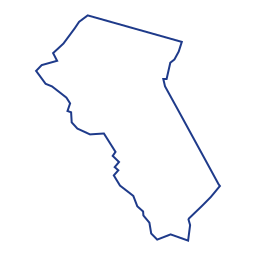 Fauquier, Virginia, United States of America (Robinson projection)
{"feature_id": "52423323B4904973156083", "entity_name": "Fauquier", "entity_type": "district", "adm_level": 2, "iso_a3": "USA", "parent_name": "United States of America", "parent_adm1": "Virginia", "projection": "robinson", "projection_center": [-77.825, 38.712], "detail": "fine", "context": "isolated", "style": "outline", "palette": "blue", "viewbox_px": 256, "rotation_deg": 0, "n_neighbors": 0, "source": "geoboundaries", "source_scale": "gbopen_adm2", "svg_char_len": 738}
<svg xmlns="http://www.w3.org/2000/svg" viewBox="0 0 256 256"><path d="M95.9,134.0L103.9,133.5L115.5,151.9L112.7,155.9L119.0,162.0L114.7,167.1L118.3,170.3L113.8,175.4L120.0,185.6L133.3,195.9L137.3,206.3L143.1,211.5L143.4,215.5L149.4,222.7L151.2,233.5L157.2,239.6L170.6,234.4L188.1,240.6L190.1,225.1L188.5,219.5L188.9,218.5L202.3,205.6L210.8,197.0L219.9,186.0L218.6,184.3L205.1,159.5L191.1,133.9L177.4,108.8L174.3,103.2L165.0,86.3L163.3,79.0L166.6,79.0L170.3,62.7L174.4,59.5L178.7,51.6L181.8,41.9L87.7,15.4L79.1,21.8L74.8,28.2L63.4,43.6L53.1,53.1L57.1,60.8L41.7,65.1L36.1,70.9L45.6,83.8L52.0,86.4L66.4,97.6L70.1,103.4L67.5,111.0L71.1,112.3L71.7,122.4L77.4,128.6L90.0,134.4L95.9,134.0Z" fill="none" stroke="#1e3a8a" stroke-width="2"/></svg>